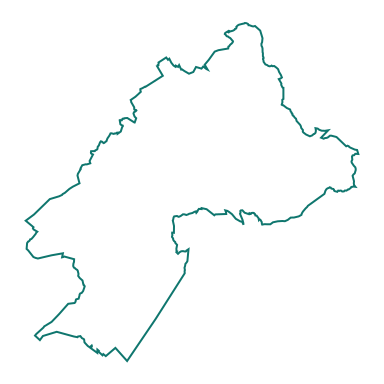 Almoloya, Hidalgo, Mexico
{"feature_id": "50627088B66960340766478", "entity_name": "Almoloya", "entity_type": "district", "adm_level": 2, "iso_a3": "MEX", "parent_name": "Mexico", "parent_adm1": "Hidalgo", "projection": "robinson", "projection_center": [-98.314, 19.738], "detail": "fine", "context": "isolated", "style": "outline", "palette": "teal", "viewbox_px": 384, "rotation_deg": 0, "n_neighbors": 0, "source": "geoboundaries", "source_scale": "gbopen_adm2", "svg_char_len": 5896}
<svg xmlns="http://www.w3.org/2000/svg" viewBox="0 0 384 384"><path d="M273.0,222.3L277.7,221.3L282.3,221.0L284.9,221.2L287.8,219.9L290.7,217.6L294.1,217.5L298.7,216.4L301.4,214.9L301.8,213.5L302.9,211.6L305.6,208.4L307.1,207.0L307.9,205.8L324.4,193.9L325.5,190.6L326.5,189.1L327.6,188.3L329.0,187.9L329.6,187.3L330.7,187.6L331.4,188.6L333.4,189.0L334.0,189.8L334.1,190.6L334.7,191.1L337.3,191.8L338.2,190.6L339.4,190.9L340.0,190.6L341.0,190.6L342.2,191.5L343.9,191.4L344.9,190.5L346.5,190.6L348.1,189.4L348.6,189.5L350.7,188.0L351.0,187.3L351.6,186.9L352.4,186.9L353.2,186.5L355.4,186.8L354.1,185.1L353.8,183.4L354.0,181.2L352.6,175.8L353.4,174.5L354.7,173.4L355.7,170.1L355.7,168.8L355.3,167.3L353.8,165.7L351.7,162.6L351.5,161.3L352.3,159.7L352.0,156.6L352.6,155.4L354.1,155.2L355.3,153.8L358.3,154.0L357.1,150.0L354.8,149.6L350.5,147.7L349.3,147.0L348.7,146.2L347.5,145.7L346.2,146.3L336.7,137.2L336.1,136.9L331.4,135.7L330.0,135.7L327.7,137.5L326.6,137.9L324.9,138.1L323.7,138.7L321.1,137.7L328.2,130.3L325.0,130.8L321.7,130.7L319.3,129.8L317.7,128.6L315.5,128.2L315.9,130.4L315.7,132.1L315.3,133.1L314.2,134.0L313.6,134.1L312.2,135.4L309.9,136.3L306.0,134.5L303.3,132.4L302.8,131.7L302.9,130.0L301.3,128.1L300.8,126.1L300.1,124.8L296.6,121.0L296.0,118.7L294.5,117.4L294.0,116.4L292.8,115.5L292.4,114.8L292.6,114.2L291.7,113.3L291.7,112.6L290.7,111.5L290.1,109.5L286.8,108.0L283.2,105.2L282.4,105.2L281.7,104.7L282.4,102.4L282.3,99.8L282.7,99.4L283.4,99.0L283.4,87.8L282.7,87.7L282.1,86.8L281.2,84.8L281.4,83.6L281.1,83.0L278.8,79.1L280.7,78.4L281.9,77.5L280.9,75.0L279.1,72.0L278.1,69.2L276.5,67.7L274.2,66.0L272.5,66.2L271.6,65.6L270.8,66.1L269.6,66.3L268.4,66.0L267.2,65.1L265.4,64.4L263.6,61.8L263.4,60.0L263.0,59.2L263.1,58.3L263.6,58.0L263.4,57.1L262.9,56.2L262.9,53.0L262.6,52.3L262.5,48.4L262.1,46.9L261.5,45.8L261.4,43.8L262.1,42.2L262.5,38.2L260.2,30.6L255.0,26.0L253.6,26.4L252.4,26.3L249.1,25.1L248.5,25.2L248.1,24.1L247.7,23.8L246.4,23.2L244.8,23.0L243.9,23.6L243.4,23.6L239.0,24.7L237.6,25.5L236.4,26.8L236.6,27.1L236.3,28.2L236.0,28.6L235.0,28.9L234.5,29.8L232.9,30.7L230.4,31.4L229.6,31.1L229.6,31.6L228.6,32.4L227.8,32.0L227.8,31.4L225.3,32.9L224.9,33.5L224.8,34.1L225.6,34.7L226.7,36.2L228.0,36.5L228.7,37.2L230.3,38.1L233.0,41.3L232.7,42.3L231.8,43.4L230.2,44.7L229.1,46.3L228.4,46.6L228.2,48.5L218.4,50.2L214.7,51.6L208.8,59.8L204.7,64.7L207.6,69.6L206.4,69.0L203.2,66.5L201.5,68.6L196.0,67.0L193.3,72.0L189.0,73.7L184.5,71.1L181.9,69.3L181.2,69.6L179.1,65.1L178.1,66.9L176.8,66.1L176.0,66.7L175.6,65.8L175.0,66.5L173.5,65.5L171.3,62.7L169.3,58.7L168.0,59.8L166.2,57.5L158.5,62.5L158.7,63.3L158.4,64.4L157.9,64.9L158.3,65.3L157.7,66.0L157.1,66.2L162.8,75.8L145.5,86.8L145.2,86.6L142.2,88.3L140.4,89.0L140.3,89.9L140.8,91.8L135.5,96.7L130.7,100.0L131.1,101.0L131.2,102.1L134.2,107.3L134.2,109.2L134.5,109.7L136.2,110.1L136.4,110.5L135.6,111.3L133.9,112.3L133.5,113.6L134.6,116.6L136.2,118.2L134.7,122.5L134.4,122.5L127.3,118.0L124.6,118.2L123.8,118.8L123.2,118.5L122.4,118.9L121.8,120.3L120.6,120.5L120.1,120.0L119.7,120.2L120.4,124.3L121.6,125.2L122.7,125.5L122.9,126.0L122.1,127.3L120.8,131.5L117.9,133.6L118.0,132.6L116.8,132.7L115.9,133.5L114.9,133.4L113.8,133.9L111.4,133.3L110.5,133.4L109.4,135.6L107.4,138.5L106.4,141.3L105.8,141.5L104.4,142.8L103.7,143.1L102.9,142.4L102.5,142.4L102.2,141.8L100.9,141.3L100.0,142.4L98.8,145.6L97.8,146.6L97.4,149.0L97.2,149.4L95.0,150.6L94.8,151.1L91.1,151.2L90.9,152.6L91.1,153.4L91.7,153.9L93.0,154.5L89.6,161.0L90.3,163.3L86.8,164.4L85.7,164.3L82.3,165.2L80.7,168.0L80.3,169.2L80.6,169.3L77.9,173.8L77.5,175.6L79.5,183.3L72.8,186.7L69.4,188.9L64.8,192.9L62.6,194.1L62.1,194.9L59.1,196.3L49.8,199.1L34.0,214.5L25.7,220.7L33.5,227.2L32.9,228.2L33.5,229.4L37.3,231.7L36.1,232.9L35.8,233.7L33.2,237.0L31.4,239.0L30.1,239.4L29.7,240.5L28.3,241.7L28.0,241.7L27.1,243.1L26.6,248.9L28.2,250.4L33.4,257.0L35.5,257.9L37.9,258.5L51.5,255.3L62.9,253.3L62.1,257.3L63.4,257.0L64.2,256.5L74.1,259.2L74.0,261.9L73.4,263.7L73.2,266.0L73.9,267.6L74.8,268.0L75.6,268.9L77.2,269.9L77.7,270.6L78.5,273.9L78.2,275.9L79.7,278.0L82.5,280.5L83.3,284.2L83.7,284.5L83.7,285.3L84.5,285.8L84.7,286.4L83.1,291.1L81.6,293.0L80.3,293.4L79.6,294.4L79.5,295.5L78.6,298.7L76.2,299.3L75.9,299.7L75.5,301.8L74.6,303.0L68.2,303.8L59.0,314.2L51.6,321.9L44.2,326.4L43.5,327.5L36.2,334.1L35.0,335.6L39.9,340.1L42.9,336.0L56.7,331.8L73.9,336.5L77.5,337.2L78.0,336.5L80.4,336.1L81.9,338.1L83.8,339.1L84.1,339.5L84.5,342.4L87.8,346.0L89.7,347.3L91.7,345.5L91.9,346.0L91.8,346.6L90.7,348.1L97.3,352.9L97.4,349.6L98.9,350.9L98.5,351.6L102.5,355.3L103.3,354.1L105.8,356.1L115.4,347.9L127.1,361.0L155.6,319.0L184.7,273.3L184.6,271.0L184.9,270.1L184.5,267.8L185.1,265.9L185.4,263.9L186.7,262.3L187.4,261.1L188.5,249.2L186.4,250.6L186.1,251.3L185.7,251.5L184.2,251.4L183.0,251.1L181.2,251.3L179.6,252.2L178.0,253.8L176.4,252.2L177.0,251.3L176.5,251.1L176.4,248.6L177.1,244.9L175.3,242.9L175.2,242.0L174.0,241.0L173.2,239.7L173.1,238.4L172.1,237.2L172.0,236.4L172.4,235.3L172.1,233.1L172.2,232.6L173.9,232.8L174.0,226.0L172.8,220.4L173.1,220.0L173.6,217.4L174.2,216.4L177.0,216.0L178.5,216.8L179.4,216.6L180.8,215.9L183.0,214.3L184.7,214.4L186.3,215.0L188.3,214.3L189.1,213.8L192.4,213.0L194.5,211.8L195.8,211.4L196.3,212.8L197.4,211.5L197.7,210.5L198.9,208.9L201.6,209.1L201.6,208.1L206.6,209.2L214.3,215.3L215.3,214.4L226.2,214.0L226.0,212.3L225.3,210.4L227.4,210.9L229.0,211.9L232.0,214.2L235.8,218.8L240.3,221.4L241.5,221.6L242.4,222.2L243.5,224.8L243.3,222.9L242.5,219.8L240.0,213.8L240.5,212.7L240.3,211.0L240.9,210.4L242.4,210.3L244.6,212.7L248.1,213.9L249.1,213.3L249.4,214.2L250.9,213.9L251.2,213.0L253.1,212.8L253.8,213.0L253.8,213.3L254.8,213.8L255.4,215.5L256.6,215.6L258.9,218.7L258.7,219.1L258.9,220.0L259.2,219.6L259.9,219.5L260.4,219.8L261.7,222.0L261.9,223.9L262.2,224.6L264.3,224.2L270.3,224.3L273.0,222.3Z" fill="none" stroke="#0f766e" stroke-width="2"/></svg>